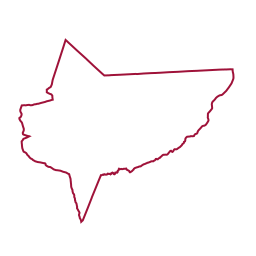 outline of Mandera South, North-Eastern, Kenya, rotated 267°
{"feature_id": "3690345B27349371945501", "entity_name": "Mandera South", "entity_type": "district", "adm_level": 2, "iso_a3": "KEN", "parent_name": "Kenya", "parent_adm1": "North-Eastern", "projection": "mercator", "projection_center": [40.637, 2.72], "detail": "fine", "context": "isolated", "style": "outline", "palette": "rose", "viewbox_px": 256, "rotation_deg": 267, "n_neighbors": 0, "source": "geoboundaries", "source_scale": "gbopen_adm2", "svg_char_len": 5632}
<svg xmlns="http://www.w3.org/2000/svg" viewBox="0 0 256 256"><g transform="rotate(267 128 128)"><path d="M170.6,48.9L167.9,48.8L167.0,50.2L166.2,51.7L165.6,53.2L164.3,54.1L162.3,54.1L160.2,54.3L160.1,53.7L159.9,52.8L159.5,51.5L159.2,49.8L158.9,48.1L158.4,46.7L157.6,42.6L156.9,39.7L156.9,38.7L156.9,38.4L156.8,38.2L156.6,37.4L156.5,36.1L156.5,35.6L156.4,35.3L156.1,34.5L155.9,33.8L155.8,33.3L155.8,32.5L155.8,31.9L156.0,31.2L156.2,30.7L156.3,30.5L156.3,30.3L156.2,28.5L156.0,27.2L156.0,26.6L156.2,25.8L156.1,23.1L153.9,22.2L151.9,21.4L150.8,21.3L150.2,21.4L149.8,21.5L149.2,21.8L148.3,22.2L147.6,22.5L147.0,22.4L146.7,22.4L146.4,22.3L145.0,21.7L144.7,21.4L144.3,21.1L144.2,20.8L144.1,20.6L143.8,20.1L143.2,20.0L142.9,20.0L142.6,20.1L141.4,20.6L140.4,21.2L139.6,21.9L138.7,22.4L137.9,22.6L135.2,23.2L133.4,23.7L132.6,23.9L131.1,23.8L130.2,23.4L128.8,22.7L128.0,22.7L127.2,22.9L126.8,23.5L126.5,24.4L126.0,25.4L125.7,26.5L125.2,27.5L125.1,28.3L125.0,28.8L124.9,29.0L124.7,28.5L124.5,28.1L123.7,26.3L122.7,23.2L122.3,22.7L121.6,22.4L120.3,21.2L120.2,21.1L119.4,21.1L118.3,21.1L117.1,21.2L115.8,21.2L114.4,21.3L113.3,21.4L112.0,21.8L110.7,22.2L109.9,22.5L109.4,23.2L109.0,24.1L108.2,25.1L107.6,25.5L106.8,25.8L106.3,26.2L105.9,26.5L105.5,27.0L104.9,27.5L104.1,27.9L103.6,28.4L103.1,28.8L102.5,29.5L102.2,30.2L101.8,30.7L101.7,30.9L101.4,31.1L101.1,31.3L100.9,31.6L100.1,32.9L99.6,33.6L99.2,34.8L98.8,35.8L98.5,37.2L98.3,38.4L98.0,39.5L97.4,41.6L97.2,42.5L97.2,43.1L96.7,43.6L96.3,43.8L95.5,43.8L95.0,44.2L94.5,44.7L94.1,45.4L93.7,46.0L93.4,46.4L93.3,47.0L93.2,47.6L93.1,48.3L92.8,48.8L92.4,49.3L92.1,49.7L91.5,50.5L91.0,51.1L90.6,51.6L89.7,53.8L89.5,55.3L88.9,58.3L87.7,60.9L86.8,63.8L86.2,64.7L85.1,66.4L85.0,66.8L84.2,67.0L83.5,67.1L82.7,67.3L81.9,67.5L80.9,67.8L80.6,67.9L80.2,67.9L79.3,68.0L78.4,68.0L78.0,68.0L77.8,68.0L77.4,68.1L76.1,68.1L74.7,68.2L72.5,68.2L71.9,68.3L71.3,68.4L70.6,68.7L69.9,68.9L69.4,69.2L69.2,69.2L68.9,69.3L68.3,69.3L67.7,69.3L67.3,69.4L66.2,69.6L65.4,69.9L65.0,70.3L64.6,70.6L64.1,70.7L63.6,70.8L63.2,70.8L61.9,70.7L61.4,70.9L60.7,71.2L60.2,71.3L59.3,71.3L58.6,71.3L57.9,71.6L57.5,71.6L57.1,71.6L56.7,71.7L56.2,72.0L55.8,72.3L55.5,72.5L55.0,72.6L54.3,72.7L53.7,72.8L52.8,72.9L52.3,73.0L51.7,73.1L51.1,72.9L50.5,72.9L50.2,73.1L49.7,73.3L49.1,73.7L48.5,73.9L48.1,74.1L46.8,74.8L46.1,75.1L45.6,75.1L45.1,74.9L44.4,74.7L44.2,74.6L43.7,74.5L43.2,74.6L42.2,74.9L41.6,75.1L40.7,75.1L40.2,75.4L39.4,75.8L38.6,76.1L37.7,76.3L36.8,76.4L37.5,77.2L38.1,78.0L50.4,83.7L60.1,88.1L60.7,88.3L66.4,91.0L77.7,96.3L82.3,98.5L82.2,99.1L82.4,99.6L82.6,100.1L82.8,100.6L82.5,101.0L82.5,101.3L82.9,101.5L83.1,101.9L82.9,102.6L82.6,103.1L82.6,103.7L82.6,104.4L82.8,104.8L83.2,105.0L83.5,105.3L83.4,105.9L83.1,106.3L83.0,106.8L83.1,107.4L83.4,107.9L83.3,108.1L83.2,108.3L82.8,108.4L83.1,108.9L84.0,109.5L84.3,110.1L84.0,110.7L83.7,110.8L83.3,111.0L83.0,111.2L82.8,111.3L82.6,111.6L82.5,112.1L82.9,112.6L83.4,112.8L84.1,112.9L84.2,113.4L84.1,113.9L83.9,114.7L84.4,115.3L84.9,115.4L85.3,115.2L85.8,115.6L86.3,116.4L86.9,116.5L87.4,116.6L87.8,116.9L87.4,117.4L87.3,118.1L87.5,118.9L87.5,119.2L87.4,119.4L87.2,119.8L87.3,121.0L87.5,121.5L87.5,122.1L87.4,122.8L87.5,123.4L87.6,124.1L87.2,124.3L86.5,124.5L86.1,125.1L85.5,126.3L85.0,126.9L84.2,127.2L83.7,127.5L83.7,128.0L84.4,129.1L84.8,129.8L85.7,130.7L86.2,131.4L86.9,131.7L87.6,132.7L87.9,133.6L88.2,134.6L88.4,135.6L88.6,136.4L89.0,137.2L89.0,138.0L89.0,138.5L89.1,138.8L89.8,139.7L90.3,140.7L90.8,141.4L91.0,142.1L91.1,142.8L91.5,143.6L91.7,144.3L91.9,144.9L92.3,145.5L92.3,146.2L92.5,146.9L92.9,148.0L93.1,148.7L93.5,149.4L93.5,150.5L93.4,151.4L93.9,152.0L94.0,152.5L94.4,153.2L94.9,153.7L95.6,154.1L95.7,154.5L95.6,154.9L95.2,155.5L95.2,156.1L95.8,156.7L96.2,157.3L96.4,157.9L96.7,158.5L97.3,158.8L97.6,159.5L98.0,159.9L98.7,160.7L99.2,161.4L99.4,161.9L99.4,162.4L99.4,163.3L99.4,164.2L99.3,165.0L99.4,165.7L99.9,166.4L101.2,167.5L102.9,169.1L103.0,169.8L102.2,170.4L101.8,171.1L102.3,171.8L103.5,172.6L104.1,173.0L104.4,173.6L104.2,174.6L104.2,175.3L104.4,175.9L104.8,176.4L105.3,177.2L105.7,177.8L106.2,178.8L106.8,179.5L107.3,180.0L107.8,180.7L108.6,181.2L109.3,181.7L109.8,182.7L110.6,183.2L111.2,183.2L111.5,183.7L111.7,184.2L112.4,184.5L113.3,184.6L114.0,184.7L114.6,184.9L115.1,185.3L115.8,186.0L116.2,186.6L116.3,189.6L116.6,190.3L116.5,191.0L116.4,191.8L116.4,192.5L116.5,193.4L117.1,193.7L117.8,194.2L118.2,194.6L118.5,195.1L118.7,196.3L119.6,197.1L120.7,197.4L121.5,197.9L122.4,198.7L123.3,199.7L123.9,200.3L124.6,201.0L125.4,201.7L126.0,202.4L126.3,203.5L126.3,204.3L126.6,204.9L126.9,205.6L127.8,206.4L129.2,207.5L130.9,208.6L131.5,208.8L132.5,208.7L133.3,208.5L133.8,208.3L134.5,208.2L135.4,208.4L136.1,208.4L137.3,208.5L138.2,208.6L139.0,209.2L140.3,210.6L142.1,212.2L142.8,212.8L143.4,213.1L146.1,213.0L147.0,212.9L147.8,213.0L148.8,213.3L149.7,213.8L150.4,214.5L151.2,215.5L152.5,216.7L153.4,217.4L154.6,218.9L155.6,220.8L155.8,221.3L156.0,222.5L156.0,223.2L156.6,224.2L159.9,228.0L162.3,230.0L163.1,230.7L167.1,233.7L170.1,235.1L171.7,235.8L173.1,236.0L176.0,236.0L177.5,235.8L178.3,235.6L179.8,235.5L181.1,235.5L181.3,233.2L181.3,230.2L181.4,226.6L181.5,222.9L181.5,219.5L181.5,216.2L181.5,213.0L181.5,209.8L181.5,206.3L181.5,203.0L181.5,199.5L181.6,192.7L181.6,189.5L181.5,180.6L181.6,172.0L181.5,163.4L181.5,158.4L181.6,154.9L181.6,146.5L181.4,139.9L181.6,138.4L181.6,129.8L181.6,123.2L181.7,113.4L181.6,112.8L181.7,107.1L183.4,105.3L191.6,97.2L200.1,89.1L208.0,81.2L216.2,73.2L218.2,71.3L219.2,70.3L212.0,67.6L197.6,62.1L180.0,55.3L175.5,54.2L173.1,53.0L172.6,52.2L172.1,51.2L171.1,49.9L170.6,48.9Z" fill="none" stroke="#9f1239" stroke-width="2"/></g></svg>